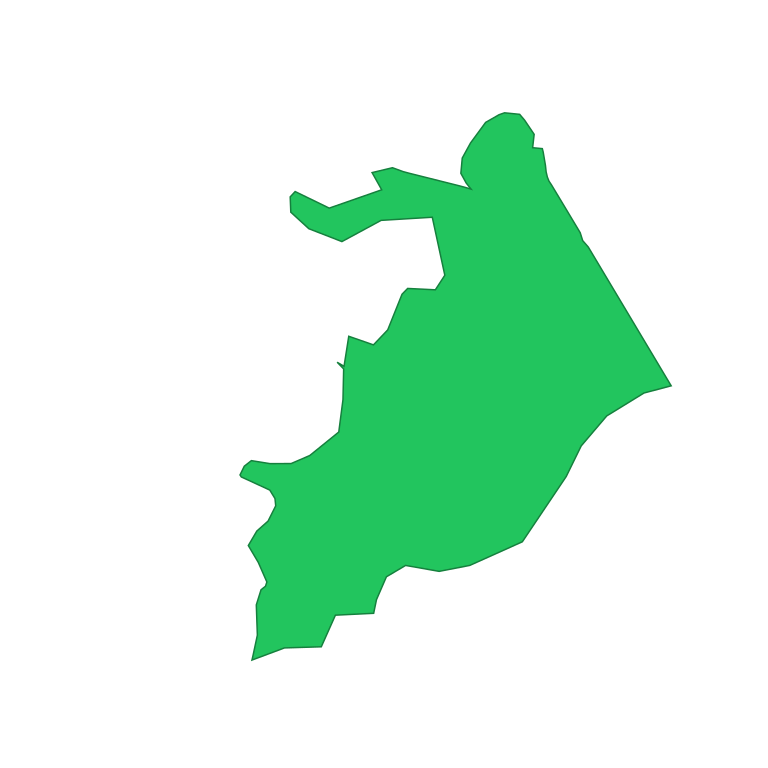 outline of Orleans, Louisiana, United States of America, rotated 145°
{"feature_id": "52423323B18472828692910", "entity_name": "Orleans", "entity_type": "district", "adm_level": 2, "iso_a3": "USA", "parent_name": "United States of America", "parent_adm1": "Louisiana", "projection": "natural_earth1", "projection_center": [-89.919, 30.033], "detail": "fine", "context": "isolated", "style": "filled", "palette": "green", "viewbox_px": 768, "rotation_deg": 145, "n_neighbors": 0, "source": "geoboundaries", "source_scale": "gbopen_adm2", "svg_char_len": 1251}
<svg xmlns="http://www.w3.org/2000/svg" viewBox="0 0 768 768"><g transform="rotate(145 384 384)"><path d="M409.9,428.7L408.4,419.5L426.6,394.7L448.6,370.6L485.8,368.0L505.7,372.1L523.0,384.1L536.6,397.3L545.6,396.8L554.1,392.1L554.2,389.7L538.4,362.6L539.0,352.7L542.6,346.3L557.6,338.2L572.5,336.5L587.8,329.5L589.3,310.0L593.5,289.0L597.1,286.3L602.7,286.0L615.3,276.3L631.8,250.9L646.5,237.2L650.5,233.6L616.9,224.9L586.1,204.7L556.4,222.5L524.0,202.1L513.8,211.7L492.6,224.7L470.4,223.0L446.3,198.9L417.8,186.2L361.2,175.4L287.8,203.7L257.9,220.2L219.8,230.1L176.2,227.5L149.8,217.8L138.1,379.0L139.0,387.5L136.5,395.4L134.4,424.9L132.6,451.1L132.5,455.5L131.5,459.8L129.5,464.8L126.4,470.4L120.6,482.6L119.3,486.0L126.7,492.3L122.3,497.3L117.8,502.4L117.5,519.4L118.2,527.1L129.7,537.0L135.3,538.6L150.7,540.0L174.9,531.8L190.3,524.2L200.2,512.5L201.4,501.4L201.1,496.7L200.9,493.7L205.4,499.3L209.2,503.8L237.8,536.8L242.4,542.1L246.5,547.0L253.0,556.3L272.5,564.0L274.5,544.4L328.0,559.5L346.4,592.6L353.5,591.1L361.8,578.2L356.5,554.3L336.8,524.8L292.5,519.7L248.8,492.9L271.8,438.2L287.9,431.7L309.8,448.7L317.7,447.2L349.9,426.2L370.2,422.1L385.5,443.3L406.6,421.4L409.9,428.7Z" fill="#22c55e" stroke="#15803d" stroke-width="1.5"/></g></svg>